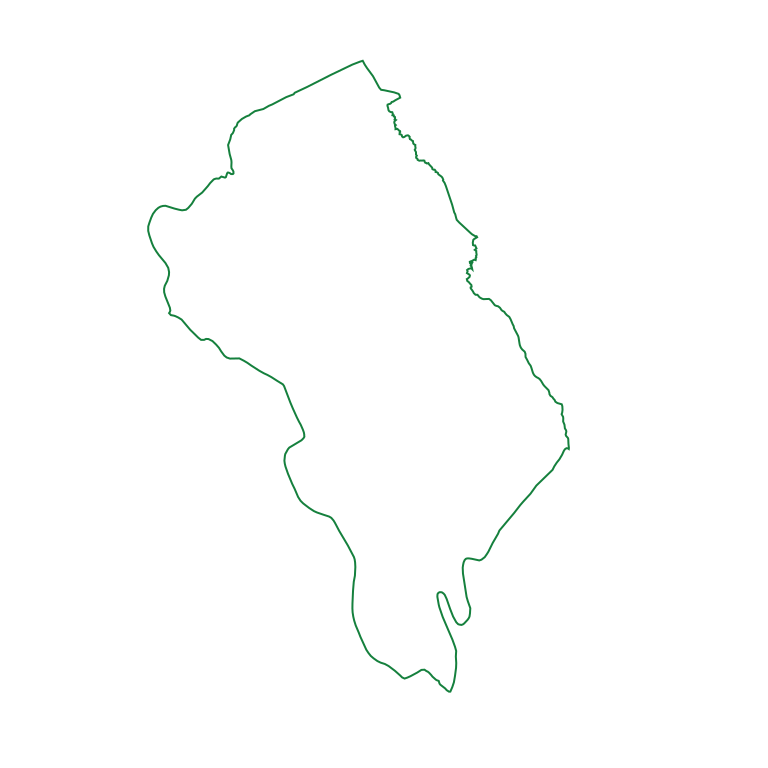 Banteay Srei, Siemréab, Cambodia, rotated 151°
{"feature_id": "14789045B44101089408344", "entity_name": "Banteay Srei", "entity_type": "district", "adm_level": 2, "iso_a3": "KHM", "parent_name": "Cambodia", "parent_adm1": "Siemréab", "projection": "natural_earth1", "projection_center": [104.003, 13.597], "detail": "fine", "context": "isolated", "style": "outline", "palette": "green", "viewbox_px": 768, "rotation_deg": 151, "n_neighbors": 0, "source": "geoboundaries", "source_scale": "gbopen_adm2", "svg_char_len": 6143}
<svg xmlns="http://www.w3.org/2000/svg" viewBox="0 0 768 768"><g transform="rotate(151 384 384)"><path d="M231.0,626.6L230.4,629.2L230.6,630.7L233.8,634.2L241.5,640.9L243.9,642.7L244.5,645.5L244.4,658.6L245.7,668.6L246.0,672.7L245.9,677.0L248.9,677.6L256.8,678.7L280.4,680.1L307.7,681.1L320.9,682.0L322.6,681.2L330.4,682.3L346.2,682.7L349.8,683.1L356.2,683.0L364.7,685.2L370.4,684.7L371.4,684.3L374.9,684.8L379.8,684.7L385.2,683.5L386.6,682.3L387.4,681.4L388.4,680.9L390.1,680.6L391.4,679.9L391.9,678.8L393.9,677.2L394.8,676.6L396.8,676.0L399.9,672.5L404.5,668.6L407.5,660.0L409.0,653.8L409.9,651.8L412.1,648.2L412.8,646.6L412.6,644.3L412.7,642.8L413.6,641.1L414.4,640.9L416.0,641.8L416.5,643.0L417.4,644.2L418.3,644.7L419.2,644.2L422.0,641.6L423.0,641.6L425.7,644.3L428.8,643.7L431.1,645.0L432.2,645.3L433.8,645.5L438.7,644.0L442.1,642.5L450.2,639.6L456.8,638.6L459.5,637.8L464.7,634.8L469.8,632.9L472.7,632.4L476.4,633.8L478.9,635.9L482.3,639.1L488.7,645.8L491.0,646.9L493.5,647.5L495.9,647.5L499.4,646.7L503.6,644.8L507.0,642.3L511.1,638.7L513.8,636.1L516.0,632.2L517.2,627.7L518.7,619.6L519.1,615.7L518.9,610.4L518.4,605.8L516.5,595.8L516.4,590.2L517.7,586.1L519.4,583.4L523.5,579.3L528.1,576.2L530.2,573.9L531.8,570.8L532.8,566.5L534.3,554.5L535.3,551.8L536.3,550.9L537.6,550.2L537.0,547.6L534.6,545.6L533.5,544.4L531.7,541.9L529.8,538.5L527.2,525.4L524.0,514.6L522.6,511.3L519.9,509.8L517.8,509.7L515.7,508.4L513.2,504.7L511.7,499.8L510.8,495.6L510.6,491.4L509.9,486.2L508.7,483.4L506.4,480.9L498.1,476.5L495.3,472.3L493.2,468.7L491.1,464.4L486.6,456.0L483.8,451.5L481.6,448.5L479.2,444.7L475.6,438.0L472.6,432.7L472.4,430.6L474.9,413.2L475.6,406.7L476.4,397.0L476.6,392.1L476.6,388.6L477.1,383.2L477.6,380.4L478.3,378.4L478.7,377.7L479.2,376.5L480.7,375.6L483.4,374.8L497.7,374.3L499.7,373.5L504.2,370.7L505.3,369.5L508.3,365.2L509.4,362.4L510.2,359.5L511.5,352.0L512.7,341.2L513.0,335.5L513.9,326.8L513.6,322.3L512.6,318.8L511.4,316.0L509.5,311.7L506.9,306.8L504.9,304.1L500.3,299.0L496.3,294.7L495.0,292.5L494.3,289.1L494.2,286.3L494.4,277.3L493.9,260.2L494.2,247.2L494.7,244.8L495.8,241.9L497.8,237.8L502.4,230.4L506.3,225.7L511.5,217.9L518.0,207.3L520.4,203.1L522.2,199.4L523.7,195.3L524.8,191.4L525.8,186.5L526.6,178.8L527.2,174.4L528.3,160.2L528.0,156.3L527.4,152.6L526.1,149.1L524.1,144.9L522.0,141.9L519.0,138.7L516.7,135.1L513.5,127.9L511.1,121.1L510.4,118.6L508.8,116.4L506.0,115.9L502.6,115.6L494.8,115.5L489.9,115.8L487.1,114.5L486.0,112.2L485.3,111.4L484.6,109.8L483.8,106.6L483.5,104.6L482.0,100.3L481.5,99.4L480.1,97.8L480.7,95.0L480.5,93.7L478.1,88.1L477.6,85.8L476.3,83.4L475.1,82.8L471.2,85.8L467.5,89.2L463.4,94.3L458.6,100.8L456.1,104.9L453.3,110.8L450.3,115.5L449.3,119.7L448.1,127.2L447.0,138.3L445.6,151.8L443.8,161.9L443.1,164.5L440.5,172.0L439.4,173.8L438.6,174.6L437.7,174.9L436.5,175.0L435.1,174.3L434.3,173.6L433.5,171.9L433.1,170.1L433.4,165.7L435.2,155.3L436.3,147.1L436.3,140.6L435.6,138.0L434.8,137.1L433.0,135.7L431.4,135.5L430.0,135.7L425.3,137.2L423.6,138.0L422.0,139.1L420.0,141.7L417.2,146.1L416.0,153.3L415.0,157.7L406.8,180.0L404.2,185.2L402.7,187.2L400.8,189.4L398.8,190.9L397.2,191.4L396.0,191.2L394.4,190.4L391.9,188.5L386.2,183.5L383.9,183.1L379.9,183.7L376.2,185.5L373.9,186.8L366.1,192.2L356.9,197.7L354.1,199.9L332.7,208.1L323.4,212.1L319.0,213.7L309.1,217.0L300.0,221.3L278.2,227.2L275.0,229.4L271.0,231.5L267.1,233.1L262.5,235.8L259.3,238.2L257.5,239.2L255.6,239.4L254.3,238.5L253.9,237.6L253.3,238.4L251.7,242.2L249.5,246.6L249.3,247.7L249.9,250.3L249.7,251.6L247.6,254.0L247.2,255.2L247.3,257.5L245.9,260.9L245.5,264.3L243.9,267.0L243.3,268.4L243.3,271.5L242.1,272.5L240.4,274.8L238.8,278.1L238.4,280.1L241.6,283.3L242.7,285.5L242.5,287.2L243.0,289.4L243.0,290.5L243.4,291.6L244.1,292.8L244.2,294.8L243.6,296.3L243.1,298.8L244.6,304.1L245.0,306.3L245.1,310.5L245.5,312.9L246.2,314.4L247.2,315.9L248.0,317.6L248.4,319.5L248.3,321.7L247.2,326.9L246.9,329.0L247.3,331.9L247.1,335.9L247.1,339.0L245.6,341.9L245.3,344.1L246.4,347.2L246.7,349.5L246.4,352.0L245.9,353.6L243.7,359.6L243.4,361.1L243.2,369.7L242.5,371.9L242.5,373.7L241.9,379.3L241.9,382.0L243.2,384.8L243.7,387.1L243.8,388.8L244.9,390.5L245.4,391.8L245.6,394.4L246.5,396.6L248.0,398.0L248.9,399.2L249.9,405.4L250.9,407.5L255.9,410.0L257.1,411.3L258.4,413.5L259.0,416.7L260.7,417.7L261.4,420.0L261.3,421.6L261.5,424.0L261.8,425.5L261.4,426.5L260.2,426.6L259.6,428.3L260.1,430.1L260.4,431.9L261.2,433.8L260.7,435.6L259.7,435.6L257.2,436.2L256.2,437.4L256.3,438.3L257.7,440.8L256.2,442.1L256.1,443.4L254.4,443.7L251.6,443.0L251.2,441.6L250.5,443.8L250.8,445.4L249.8,445.7L250.2,448.1L249.7,449.3L248.6,449.2L248.4,447.1L247.6,447.6L247.8,449.0L244.8,449.0L243.8,447.9L243.0,448.9L242.7,449.8L241.7,450.2L241.5,451.4L240.4,452.0L239.4,454.6L238.8,455.6L239.6,457.3L237.4,457.7L237.1,461.0L238.2,461.6L238.8,462.3L237.8,464.6L236.0,466.8L234.8,467.1L231.4,467.2L231.4,468.4L232.5,469.0L234.4,472.2L235.2,474.4L239.9,488.7L240.8,492.3L240.4,494.2L239.4,498.0L239.4,500.0L237.5,507.7L233.9,527.2L233.5,530.6L233.8,533.4L233.1,534.0L232.9,536.3L233.2,537.6L234.8,541.1L234.5,542.5L235.2,543.7L236.1,544.4L235.5,545.6L235.8,546.9L236.9,547.5L237.5,548.7L237.0,549.9L238.1,554.2L238.1,555.7L239.5,556.0L239.9,556.9L240.6,557.4L240.7,558.7L240.4,559.8L241.4,560.6L242.2,560.8L243.6,561.7L244.9,562.2L245.9,563.7L245.6,564.8L246.2,566.1L245.9,567.0L244.6,567.8L244.8,569.1L243.6,571.3L243.6,573.9L242.4,574.6L241.8,575.5L241.4,576.8L240.7,577.9L241.4,578.9L241.8,580.1L240.9,582.5L241.6,583.4L242.0,584.9L242.6,585.6L242.3,587.0L241.7,587.7L242.0,589.0L242.5,589.9L244.3,590.5L246.4,590.2L247.7,590.5L248.2,591.7L247.8,593.1L248.3,594.1L249.3,594.9L248.5,596.2L247.6,596.6L247.4,597.6L248.1,598.5L248.2,599.5L248.7,600.7L250.4,601.3L249.7,602.4L249.5,603.7L249.1,604.7L248.2,604.8L248.6,606.1L248.3,607.6L247.5,608.7L245.6,609.1L246.4,610.3L245.4,611.1L245.0,612.4L245.7,613.2L245.2,614.2L246.3,615.0L245.3,616.0L245.0,617.7L246.3,618.6L247.2,620.0L247.3,621.3L246.5,623.7L246.1,625.7L245.4,626.6L243.9,626.4L242.7,626.1L241.5,626.3L240.6,626.9L239.0,626.5L236.5,626.7L231.0,626.6Z" fill="none" stroke="#15803d" stroke-width="2"/></g></svg>